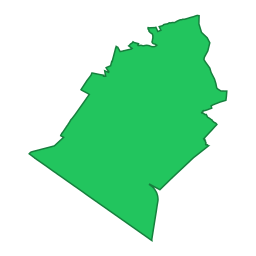 Paulesti, Prahova, Romania
{"feature_id": "2599482B85410433594124", "entity_name": "Paulesti", "entity_type": "district", "adm_level": 2, "iso_a3": "ROU", "parent_name": "Romania", "parent_adm1": "Prahova", "projection": "robinson", "projection_center": [25.961, 44.996], "detail": "fine", "context": "isolated", "style": "filled", "palette": "green", "viewbox_px": 256, "rotation_deg": 0, "n_neighbors": 0, "source": "geoboundaries", "source_scale": "gbopen_adm2", "svg_char_len": 5280}
<svg xmlns="http://www.w3.org/2000/svg" viewBox="0 0 256 256"><path d="M151.9,240.6L151.9,240.2L151.7,240.0L154.3,223.6L156.3,211.1L157.1,205.7L157.8,201.6L158.0,200.1L158.0,199.1L157.8,197.1L157.7,196.4L157.6,195.8L157.2,194.5L157.0,193.8L156.6,192.7L156.3,192.1L155.7,191.1L154.8,189.6L154.0,188.6L153.6,188.0L152.8,187.3L152.0,186.5L151.0,185.8L150.3,185.2L149.5,184.7L149.8,184.2L150.4,184.6L159.9,189.7L164.9,184.8L167.0,182.8L170.1,179.7L190.2,160.8L190.7,160.3L193.7,157.5L195.9,155.8L197.7,154.4L208.3,146.0L208.2,146.0L208.1,145.8L208.1,145.6L207.9,145.5L207.8,145.4L207.6,145.3L207.5,145.2L207.5,144.9L207.2,144.8L207.1,144.7L206.8,144.6L206.6,144.8L206.4,144.9L206.1,144.9L205.9,144.8L205.8,144.7L205.7,144.6L205.7,144.4L205.8,144.3L205.9,144.2L205.7,143.9L205.7,143.7L205.8,143.5L205.9,143.3L205.9,143.2L205.7,143.1L205.7,142.9L205.7,142.7L205.8,142.6L205.6,142.4L205.6,142.1L205.4,141.6L205.5,141.0L205.4,140.9L205.2,140.8L205.1,140.7L204.8,140.5L204.6,140.5L204.6,140.4L204.5,140.1L204.7,139.9L204.8,139.9L204.9,139.5L204.9,139.4L204.7,139.2L204.4,139.1L204.2,139.1L203.8,139.0L203.2,139.3L207.0,135.2L209.5,132.5L211.7,130.2L214.5,127.0L216.8,124.6L216.9,124.4L216.5,124.1L216.3,123.7L215.9,123.4L215.6,123.0L214.5,122.6L214.2,122.3L213.7,122.1L213.4,121.7L212.8,121.3L212.7,121.1L212.3,120.8L212.0,120.0L211.7,119.8L211.2,119.6L210.9,119.4L210.3,118.9L209.8,118.5L208.8,117.9L207.9,117.4L207.5,117.1L207.2,116.5L206.7,115.3L206.4,114.9L206.2,114.5L206.1,114.4L205.0,114.6L204.7,114.4L204.4,114.1L204.2,113.9L204.0,113.7L203.6,113.6L203.1,113.1L202.7,113.0L202.3,113.1L202.1,113.1L201.7,112.9L201.6,112.7L201.7,112.4L201.9,112.2L202.2,112.1L202.3,112.1L202.5,112.0L202.8,111.6L203.1,111.3L203.1,111.2L203.1,110.7L203.4,110.6L203.9,110.5L204.5,110.7L207.0,109.9L208.4,109.4L208.8,109.2L211.7,108.2L211.5,107.1L211.1,105.9L211.3,105.7L213.5,104.6L214.8,104.2L215.3,103.8L216.2,103.6L220.2,102.0L225.9,100.3L226.4,96.5L226.8,91.1L220.9,91.0L217.6,88.9L216.7,87.8L215.9,83.7L214.5,79.1L211.1,72.5L209.8,68.1L205.2,61.7L203.9,59.5L204.4,57.2L207.8,50.9L209.8,42.8L207.2,37.8L201.5,32.4L198.9,23.9L199.1,15.7L197.2,15.4L196.0,15.8L194.8,16.2L193.8,16.6L193.1,16.8L191.5,17.2L189.7,17.7L188.3,18.2L187.6,18.4L186.2,18.8L185.0,19.1L184.8,19.3L184.4,19.3L183.5,19.3L182.6,19.3L182.0,19.6L181.5,19.7L180.4,19.8L180.0,19.9L179.3,20.1L178.6,20.5L177.6,20.9L177.2,21.1L176.4,21.5L176.0,21.8L174.9,22.4L174.5,22.6L174.2,22.6L172.7,22.5L172.0,22.6L171.1,22.8L170.4,22.9L170.2,22.9L169.4,22.8L169.2,22.9L168.9,23.0L168.0,23.6L167.8,23.7L167.1,23.9L165.8,24.1L164.0,24.5L163.6,24.7L162.9,25.4L162.7,25.6L162.2,25.8L160.0,26.4L159.2,26.6L160.9,30.3L157.8,31.5L155.9,27.3L154.8,27.6L151.8,27.7L149.9,27.8L149.5,27.9L149.1,27.8L148.3,27.6L148.1,27.6L148.1,27.8L148.1,28.3L148.0,28.5L148.1,28.8L148.2,29.2L148.3,29.4L148.5,29.7L149.1,30.3L149.2,30.5L149.0,30.8L148.9,31.0L149.3,31.5L149.5,31.8L149.7,32.0L150.1,32.4L150.7,32.9L151.6,33.5L152.0,33.7L152.2,33.8L152.3,34.0L152.4,34.3L152.9,35.7L152.9,36.0L152.8,37.0L152.9,37.6L152.8,38.5L152.6,38.9L152.6,39.1L152.5,39.8L152.3,40.8L152.3,41.0L152.0,41.8L152.0,42.0L152.2,42.4L152.4,42.8L152.9,43.4L153.5,43.7L154.6,44.0L155.2,44.2L155.9,44.6L156.8,45.2L156.4,45.6L155.4,46.2L155.3,46.3L154.9,46.4L154.6,46.6L154.1,46.7L153.6,46.7L153.0,46.7L151.9,46.7L151.4,46.5L150.5,46.2L149.9,46.0L149.3,45.7L148.9,45.6L147.8,45.4L147.0,45.3L146.2,45.3L145.9,45.4L145.5,45.4L145.3,45.4L144.1,45.7L143.8,45.8L143.3,45.8L142.9,45.8L141.5,45.4L141.0,45.3L140.6,45.3L139.9,45.5L139.1,45.5L138.6,45.6L138.2,45.6L137.9,45.2L137.6,44.9L138.1,44.3L138.4,44.1L138.6,43.9L138.6,43.7L134.0,42.5L133.0,41.8L132.6,42.4L132.5,42.6L132.4,42.7L132.0,43.0L131.7,43.3L130.5,44.0L130.4,44.1L130.1,44.5L129.8,44.9L129.1,45.6L128.7,45.9L132.1,48.4L131.8,48.6L131.1,48.7L130.8,48.9L130.9,49.2L129.3,49.5L128.7,49.6L126.2,50.2L124.7,50.6L124.4,50.6L123.8,50.7L123.0,51.0L122.6,51.1L121.7,51.3L120.6,51.5L120.3,51.5L120.1,51.5L119.6,50.6L118.3,48.3L117.8,47.3L116.8,46.8L116.4,46.5L116.2,46.4L116.1,46.8L115.8,48.1L115.6,48.1L115.5,48.6L115.2,49.9L114.6,52.2L112.7,59.4L112.1,61.6L111.7,61.5L110.6,65.8L110.2,65.9L109.7,66.1L108.2,66.8L107.1,67.2L106.1,67.7L106.6,68.6L107.8,70.3L108.5,71.2L108.8,71.6L108.6,72.4L106.4,71.5L104.7,70.8L105.7,76.2L105.0,76.3L104.4,76.3L103.5,76.2L103.7,75.3L102.9,75.1L100.5,74.7L92.8,73.1L91.9,73.0L91.0,75.3L87.0,80.5L81.0,89.7L81.5,90.1L87.3,93.2L89.3,94.4L87.5,97.0L87.3,97.3L86.9,97.8L86.5,98.3L86.4,98.6L75.0,114.7L72.0,118.6L71.8,118.8L71.3,119.3L70.8,119.9L70.5,120.4L69.8,121.7L69.3,122.5L68.2,124.1L67.9,124.8L67.6,125.2L67.0,125.9L66.4,126.7L66.1,127.4L65.2,128.6L64.5,129.7L63.3,131.5L62.5,132.6L62.0,133.1L61.8,133.4L61.7,133.7L61.4,134.2L61.0,134.8L60.7,135.7L63.6,137.3L63.1,137.8L59.3,141.3L54.9,145.4L54.4,145.8L54.0,146.0L53.2,146.2L48.7,147.4L32.5,151.6L31.6,151.9L31.2,152.0L30.7,152.3L30.1,152.8L29.9,153.0L29.2,153.8L30.7,154.9L31.2,155.3L31.3,155.4L31.6,155.6L32.3,156.1L32.5,156.3L33.0,156.7L33.5,157.0L34.4,157.7L34.7,158.1L35.0,158.3L35.3,158.4L36.6,159.4L37.5,160.0L45.1,165.3L51.8,170.1L53.6,171.4L55.7,172.8L57.7,174.3L61.1,176.6L68.0,181.5L71.6,184.0L73.8,185.6L76.9,187.7L78.0,188.5L82.7,191.8L86.5,194.6L94.6,200.3L99.3,203.6L110.4,211.4L151.9,240.6Z" fill="#22c55e" stroke="#15803d" stroke-width="1.5"/></svg>